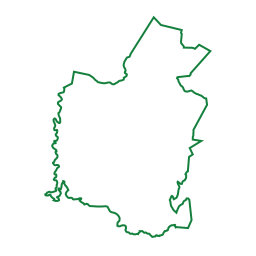 the district of Pluma Hidalgo, Oaxaca, Mexico, rotated 268°
{"feature_id": "50627088B69643884301220", "entity_name": "Pluma Hidalgo", "entity_type": "district", "adm_level": 2, "iso_a3": "MEX", "parent_name": "Mexico", "parent_adm1": "Oaxaca", "projection": "mercator", "projection_center": [-96.45, 15.922], "detail": "fine", "context": "isolated", "style": "outline", "palette": "green", "viewbox_px": 256, "rotation_deg": 268, "n_neighbors": 0, "source": "geoboundaries", "source_scale": "gbopen_adm2", "svg_char_len": 5631}
<svg xmlns="http://www.w3.org/2000/svg" viewBox="0 0 256 256"><g transform="rotate(268 128 128)"><path d="M237.7,157.6L202.1,133.3L199.4,132.2L199.0,131.7L198.5,129.5L197.9,129.0L194.3,126.7L191.5,125.9L190.7,125.8L188.6,126.4L187.3,127.2L185.8,127.6L184.8,127.4L184.3,126.9L183.9,126.8L183.3,126.8L182.6,127.3L182.2,128.3L181.4,128.7L180.8,128.6L179.9,128.2L178.8,126.5L178.4,125.6L177.3,125.6L176.5,125.3L175.7,123.3L175.5,121.3L175.1,120.5L174.9,120.1L174.1,119.4L173.5,117.9L172.3,115.9L172.2,115.1L172.3,114.1L172.8,113.2L174.0,111.9L174.2,110.8L174.0,108.8L173.5,106.4L173.8,103.8L174.9,99.5L176.1,98.4L177.1,97.0L179.7,94.8L182.4,91.0L186.1,76.0L174.4,73.5L170.6,65.3L169.3,65.8L166.8,65.3L166.0,64.9L165.7,63.7L165.5,62.3L164.6,59.9L163.3,59.7L162.6,60.5L161.1,61.9L159.6,62.8L158.9,62.9L158.1,62.4L157.5,61.6L156.5,59.4L156.0,59.0L154.6,58.8L152.2,60.8L151.2,61.9L149.4,61.6L148.6,61.0L147.8,60.9L146.9,60.4L145.9,59.9L145.3,59.0L143.6,59.1L142.7,59.3L140.0,60.5L136.3,60.5L135.3,59.8L135.3,59.3L136.7,57.5L137.5,56.8L138.4,56.5L139.6,55.9L140.1,55.1L139.8,54.5L139.5,54.2L139.0,53.9L137.2,54.0L134.4,55.1L133.1,55.4L131.9,55.1L130.6,54.2L129.7,54.1L128.4,54.5L128.3,54.9L128.3,55.6L128.5,56.7L128.3,57.1L127.7,57.2L127.1,57.2L125.3,56.6L124.2,55.5L123.5,55.6L122.7,55.9L121.3,57.5L120.1,57.5L118.2,56.7L117.9,56.2L117.7,55.1L117.7,54.0L117.1,53.8L116.9,53.9L116.4,54.7L116.0,55.1L115.5,55.2L115.2,54.5L115.3,54.0L115.3,53.5L114.7,52.6L113.3,51.7L112.6,51.7L112.1,51.8L110.9,52.4L109.6,54.0L108.5,55.5L107.1,55.7L107.0,55.0L106.6,54.8L106.0,54.8L104.7,55.2L104.0,56.0L103.5,56.4L102.1,56.6L101.4,56.4L100.7,56.1L98.6,53.8L96.7,53.0L96.4,52.8L96.0,51.9L95.7,51.8L95.3,51.9L93.7,53.1L93.4,53.6L93.3,54.0L93.5,54.8L93.5,55.7L93.4,56.7L92.8,57.5L91.9,57.7L91.6,57.6L90.4,55.9L89.4,55.3L88.6,55.0L86.2,53.2L85.3,52.9L84.7,52.9L84.4,53.0L84.1,53.4L84.0,54.6L83.6,54.7L82.2,54.7L81.4,54.3L81.1,54.0L80.9,53.1L79.1,52.1L78.7,52.3L78.5,52.6L78.3,53.2L78.1,54.6L77.4,55.1L76.8,55.3L75.4,55.4L74.3,55.1L73.6,54.7L72.9,54.7L72.5,54.8L71.8,54.7L70.8,54.1L70.2,53.5L69.6,53.5L68.1,54.1L67.7,53.9L67.2,52.6L66.4,49.6L66.4,48.9L67.0,47.3L66.9,46.7L66.3,45.0L65.2,44.1L64.7,43.1L64.2,43.0L63.8,43.2L63.5,43.7L63.3,45.2L63.4,46.2L63.9,46.7L64.2,47.7L63.9,48.1L62.3,48.8L61.5,49.5L60.8,50.2L59.7,51.8L59.2,52.0L58.7,51.8L58.3,51.3L57.8,52.4L57.6,53.8L57.6,55.3L58.3,56.6L59.1,56.5L60.7,55.7L61.1,54.8L61.3,54.7L61.7,55.0L62.0,56.2L62.6,57.3L65.1,58.6L66.6,58.2L66.7,57.8L67.6,57.3L68.6,56.5L69.0,56.4L69.9,56.4L70.1,56.9L69.0,58.0L69.0,58.6L71.4,59.5L73.1,59.6L74.7,60.1L76.7,61.4L77.2,61.4L77.1,62.0L76.3,62.6L74.7,62.3L72.3,63.7L72.1,64.1L70.9,64.9L68.1,66.2L66.5,64.6L65.5,63.9L65.0,63.6L64.0,63.5L62.1,64.3L61.2,65.0L60.3,66.0L60.2,67.1L60.3,68.1L60.1,69.4L59.6,70.0L58.8,70.4L58.5,71.0L58.7,74.9L59.5,77.5L59.4,78.6L59.1,78.8L58.6,78.6L58.1,78.1L57.5,77.1L57.0,77.2L56.5,77.9L55.6,78.7L54.0,81.3L53.5,81.3L53.1,81.7L53.4,83.1L53.7,84.2L53.4,85.0L52.9,85.5L52.3,85.9L51.3,87.2L51.0,91.1L50.8,92.4L50.5,96.7L50.5,100.2L50.6,103.2L50.0,104.8L45.5,107.0L44.5,108.4L43.5,111.9L42.4,113.6L41.1,115.0L39.7,115.9L38.2,116.5L35.7,116.2L34.8,115.4L34.1,114.5L33.3,114.2L29.8,113.9L30.3,114.1L30.0,116.4L30.5,117.5L31.0,119.3L30.8,121.1L30.3,122.0L29.0,122.5L27.8,122.5L26.4,121.9L25.5,122.1L24.5,122.6L24.0,123.3L23.7,124.9L22.2,126.6L22.3,128.8L21.9,129.3L21.5,130.3L21.5,132.0L21.7,132.5L21.8,133.6L21.6,134.4L22.7,134.9L22.9,135.3L23.7,136.1L24.0,136.2L24.5,136.1L24.5,136.7L24.4,137.1L24.3,137.5L24.5,138.2L24.5,138.6L24.0,139.3L23.2,139.9L22.8,140.5L22.7,140.9L23.0,141.6L23.0,141.8L22.7,142.5L21.7,143.8L21.7,144.9L21.6,145.5L21.1,146.0L20.5,146.3L19.2,147.7L18.4,148.3L18.3,148.5L18.6,150.4L18.7,151.2L18.8,151.7L19.0,152.0L19.3,152.0L19.8,152.4L19.8,152.9L19.2,153.9L19.1,154.4L19.2,155.1L18.9,155.5L19.0,155.8L19.5,156.1L19.5,156.9L20.1,158.8L20.6,159.3L21.7,159.7L22.8,160.4L23.7,161.1L23.8,161.7L23.6,162.0L23.9,162.4L24.1,163.2L24.3,163.3L24.3,163.9L24.6,164.3L25.7,164.6L26.1,164.8L27.0,165.0L27.3,165.3L27.5,165.6L27.9,165.8L28.0,166.1L28.5,166.6L29.2,168.0L29.3,168.6L29.2,169.9L29.5,170.6L29.6,171.3L29.4,171.7L27.8,171.7L27.0,172.3L27.3,172.6L25.9,184.5L33.8,188.3L54.0,186.8L55.4,185.8L55.6,185.0L55.6,184.2L54.9,183.7L54.3,183.7L53.6,182.4L52.9,181.3L52.2,180.8L50.3,180.0L49.3,178.0L47.9,176.2L44.7,174.6L41.7,173.4L44.1,170.9L45.1,170.2L46.4,169.6L48.7,168.3L51.3,167.9L52.6,167.9L54.6,167.2L55.2,167.7L56.1,168.0L58.2,169.0L58.6,169.5L58.3,170.0L57.3,170.7L56.3,170.8L55.2,171.3L56.0,172.9L56.6,174.0L57.7,174.6L59.8,175.5L62.7,176.0L65.1,176.5L66.6,177.3L67.5,177.3L70.7,175.9L72.2,175.6L72.6,175.9L72.1,176.6L71.1,177.6L70.4,178.6L70.2,179.8L72.6,180.8L73.2,181.5L73.7,182.9L74.7,183.3L75.4,184.0L76.1,184.3L78.5,184.5L79.0,184.5L79.6,183.8L80.1,183.9L81.8,185.1L82.3,185.6L82.5,186.3L97.0,188.0L99.3,191.8L105.8,189.0L112.5,200.8L114.2,192.3L116.9,192.5L118.4,193.1L120.6,193.1L121.7,193.4L123.7,193.3L148.4,207.8L154.8,207.2L155.0,205.9L155.4,205.1L157.7,202.5L158.2,201.1L159.4,198.8L159.6,197.8L161.2,195.2L162.7,193.6L163.2,192.7L163.1,191.6L162.8,190.8L162.3,188.7L162.4,187.4L162.8,186.3L163.3,185.7L164.2,185.3L164.8,184.9L166.4,184.5L167.9,183.3L168.5,182.3L169.6,181.7L170.8,181.2L171.8,180.6L173.0,180.1L174.6,179.9L176.1,178.7L177.1,179.3L177.9,190.3L177.7,190.8L178.5,191.8L179.2,192.4L179.7,192.5L180.5,192.5L202.0,213.0L208.7,202.0L204.8,197.7L205.7,196.0L206.0,194.3L206.0,193.3L206.4,186.6L207.1,186.7L207.8,186.5L208.9,185.6L209.8,185.1L210.7,184.2L211.5,184.1L212.4,184.0L220.0,185.0L221.1,184.3L222.5,184.7L224.0,185.1L229.8,164.5L237.7,157.6Z" fill="none" stroke="#15803d" stroke-width="2"/></g></svg>